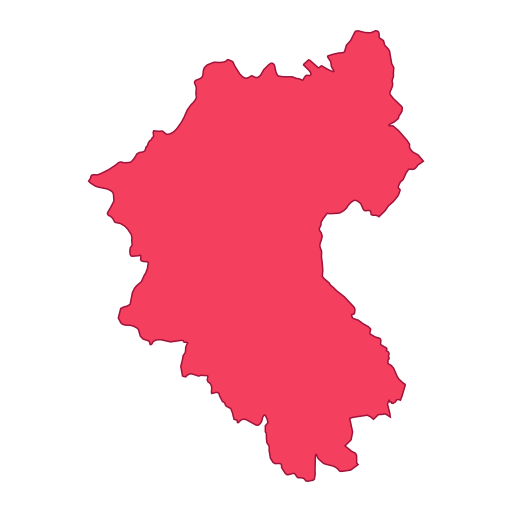 Than Uyen, Lào Cai, Vietnam (Mercator projection)
{"feature_id": "81297802B70449859021509", "entity_name": "Than Uyen", "entity_type": "district", "adm_level": 2, "iso_a3": "VNM", "parent_name": "Vietnam", "parent_adm1": "Lào Cai", "projection": "mercator", "projection_center": [103.85, 21.883], "detail": "fine", "context": "isolated", "style": "filled", "palette": "rose", "viewbox_px": 512, "rotation_deg": 0, "n_neighbors": 0, "source": "geoboundaries", "source_scale": "gbopen_adm2", "svg_char_len": 6016}
<svg xmlns="http://www.w3.org/2000/svg" viewBox="0 0 512 512"><path d="M423.4,161.2L418.2,155.0L413.3,152.3L411.8,151.0L409.9,148.4L409.5,147.0L409.6,144.6L409.3,143.8L406.8,140.1L398.9,131.0L393.4,126.2L392.7,125.8L389.2,125.8L389.0,125.4L389.0,124.7L394.1,122.0L398.4,118.5L399.0,115.9L400.7,113.5L402.0,111.1L402.3,107.6L401.4,106.2L393.2,98.4L390.4,94.8L389.9,93.5L390.0,91.9L391.6,88.5L392.5,85.7L392.7,84.0L392.1,80.8L393.5,76.2L393.4,72.9L393.8,67.7L391.7,63.7L389.5,50.9L388.3,49.0L384.7,45.2L383.5,40.6L379.7,38.1L379.1,36.9L379.2,34.5L378.8,32.6L378.3,31.7L377.2,31.0L375.4,30.7L373.3,31.8L370.4,32.8L364.8,32.5L358.1,30.8L355.5,31.2L354.5,32.7L350.7,40.4L346.4,45.2L344.5,51.8L342.7,52.7L338.8,53.0L333.3,54.2L327.9,55.9L327.6,56.9L330.7,61.7L331.4,66.5L333.9,71.1L333.6,71.6L332.4,71.5L328.0,69.5L321.6,65.8L320.6,66.3L319.2,67.7L318.1,67.6L310.1,60.5L308.6,59.8L303.6,64.4L303.6,65.0L309.2,70.6L310.7,72.8L311.0,74.4L310.0,75.5L306.5,75.3L305.8,75.7L304.6,77.1L302.7,80.3L299.4,78.9L296.0,78.3L292.3,76.8L283.3,76.8L278.5,76.0L277.6,75.5L276.0,72.3L274.5,65.3L273.6,64.0L272.2,63.2L271.1,63.2L270.4,63.5L268.1,65.3L263.6,69.9L260.7,75.0L259.1,76.6L257.7,77.4L255.8,77.6L251.7,75.7L248.4,77.6L246.8,78.2L244.9,78.0L242.8,77.0L239.9,74.1L234.6,65.8L233.0,62.0L232.1,61.3L228.7,59.8L227.4,59.7L225.9,61.2L223.6,62.1L219.8,62.5L214.1,62.2L207.4,64.8L205.0,66.9L204.1,68.3L203.3,70.8L202.9,75.2L202.2,76.8L200.4,78.5L195.4,80.5L194.6,81.7L194.6,83.2L195.8,85.9L196.3,87.9L195.9,93.9L196.4,96.8L196.3,97.6L195.1,100.2L193.1,102.7L190.9,104.9L187.3,109.9L184.1,117.2L181.4,122.3L176.9,128.6L174.7,130.9L172.7,132.5L169.3,134.1L166.4,134.3L162.7,131.2L161.8,131.0L159.6,131.3L153.7,130.8L153.2,132.2L153.6,136.6L152.2,137.8L151.4,139.6L149.6,140.9L148.2,143.2L147.3,146.0L146.1,146.9L144.9,150.9L142.7,152.0L139.4,152.5L137.0,153.8L134.4,158.1L131.9,161.1L130.4,162.3L123.9,162.9L122.0,162.1L120.3,162.0L118.4,162.7L115.6,165.1L108.6,169.7L100.8,173.6L97.3,174.9L93.6,174.7L91.6,175.2L90.8,176.7L90.7,178.0L88.6,181.1L90.3,182.9L95.5,186.2L97.9,187.0L107.0,188.9L110.2,190.3L112.8,192.3L113.5,194.7L113.9,201.1L110.6,207.5L107.7,212.4L107.4,213.4L107.6,214.1L108.5,215.5L110.3,216.1L112.8,218.5L114.6,221.8L115.4,222.4L120.7,223.6L124.9,226.2L127.5,228.9L131.2,234.4L131.9,237.6L131.7,240.3L132.2,245.1L130.3,247.7L129.8,250.8L130.1,254.2L130.9,255.7L131.4,256.1L133.2,256.2L138.9,255.7L140.4,255.2L140.9,256.1L140.6,259.4L141.3,260.8L143.5,261.5L147.4,261.8L148.1,262.5L148.3,263.3L147.7,266.0L147.5,268.2L145.8,272.9L144.3,275.2L141.4,281.6L136.8,285.6L134.7,288.0L132.4,292.6L130.2,304.1L128.6,305.3L126.4,306.3L123.7,307.0L120.7,308.5L118.3,318.0L120.8,322.8L122.7,324.4L125.6,325.1L131.0,325.4L134.2,326.5L136.9,328.0L138.1,329.0L138.6,330.1L140.3,336.1L143.0,339.0L148.8,341.0L149.3,341.5L150.2,344.6L150.7,344.7L151.8,344.0L153.4,341.4L156.1,340.0L157.5,339.8L160.8,339.7L170.6,341.9L181.5,340.3L183.1,340.7L184.1,342.2L187.2,342.5L187.6,343.4L186.6,344.9L185.7,347.3L185.5,351.2L185.0,353.0L183.1,355.7L182.4,360.0L180.8,366.4L182.5,376.0L184.4,376.7L185.8,376.8L187.3,375.2L189.2,374.1L190.4,373.8L192.6,374.1L198.4,376.0L199.3,376.0L200.6,375.3L207.3,375.7L207.8,376.1L207.8,377.2L207.2,379.7L207.8,381.6L210.4,383.7L211.5,386.2L211.7,388.6L211.4,392.4L211.7,393.5L216.1,392.4L217.1,392.4L219.0,393.4L219.5,395.7L222.5,401.6L223.9,402.2L224.7,403.0L225.7,405.6L227.3,406.8L230.7,408.5L232.4,412.7L234.0,419.3L237.1,420.2L237.5,422.6L238.5,422.5L240.9,420.1L242.8,419.2L243.8,419.2L245.9,419.5L256.1,425.1L258.1,425.2L259.7,424.1L261.2,422.1L261.8,420.9L262.8,416.9L263.8,415.5L264.3,415.1L265.6,415.8L267.2,419.4L267.9,422.8L265.3,425.8L265.3,431.8L266.3,433.3L266.5,439.5L267.0,442.9L268.7,445.4L269.2,447.0L269.1,450.4L270.4,458.2L273.0,462.4L275.0,463.6L278.6,463.5L280.2,463.6L281.0,464.1L281.5,465.0L281.6,467.6L285.0,473.0L286.5,474.5L287.0,474.7L288.9,474.6L293.0,473.4L294.8,473.7L297.0,476.9L298.0,477.7L301.3,477.8L303.4,478.3L304.0,478.6L305.9,480.9L307.4,481.3L313.2,480.2L314.4,479.0L315.2,474.1L315.0,470.0L315.4,456.1L315.7,454.9L316.2,454.4L316.9,455.4L317.6,457.6L318.9,459.3L323.6,463.4L325.4,464.1L332.9,466.0L335.4,467.1L337.8,468.9L339.4,470.9L340.1,471.3L342.3,471.3L350.6,470.1L358.1,464.6L356.7,463.0L356.6,455.7L355.8,453.8L355.2,453.1L351.6,451.3L345.0,445.9L351.1,439.8L352.6,432.0L349.7,418.3L353.3,417.3L367.2,415.2L370.4,416.7L373.5,419.3L378.4,414.6L382.5,414.4L384.8,413.9L386.2,414.4L390.3,417.0L389.8,413.2L387.5,404.2L388.0,402.3L389.1,400.4L389.6,401.9L390.8,401.8L391.9,403.3L393.0,403.4L395.2,402.0L395.9,401.3L396.4,400.0L397.0,399.7L399.0,399.6L400.4,400.2L401.9,396.5L405.3,384.9L404.7,384.0L402.8,382.8L398.8,379.0L397.3,376.7L393.6,368.2L391.2,365.4L388.0,363.6L388.0,360.1L389.0,358.9L389.2,358.2L388.4,356.0L389.1,354.1L389.0,353.2L388.0,351.6L386.4,350.7L386.4,350.0L386.9,349.1L386.6,348.1L380.9,344.8L380.6,343.6L380.9,340.3L380.4,339.0L379.7,338.3L378.2,337.8L375.2,337.0L370.0,333.9L369.8,333.2L370.7,329.1L368.5,326.8L362.9,323.6L358.3,320.2L353.6,318.6L352.5,317.9L351.7,315.9L351.7,314.7L354.0,314.0L354.4,313.5L354.9,310.8L354.8,308.7L354.0,307.1L344.3,296.8L336.5,290.7L333.6,287.7L330.5,285.1L329.1,282.9L324.2,278.7L322.3,276.3L322.8,270.4L322.2,262.6L321.5,257.6L321.6,251.4L319.8,246.3L320.0,243.9L321.4,239.8L322.2,236.3L321.4,233.2L319.2,229.7L319.1,229.0L321.0,224.9L321.0,222.7L321.3,221.9L322.8,219.2L327.1,213.3L329.7,213.7L335.5,213.4L339.5,213.0L340.4,212.6L343.7,210.7L346.5,208.1L348.1,205.5L350.4,202.9L353.2,200.8L354.3,200.4L356.0,200.4L357.6,201.1L360.6,203.4L363.3,209.3L364.2,210.4L365.2,210.8L368.8,210.4L369.6,210.6L370.7,211.6L371.2,214.6L373.0,215.3L375.3,215.2L377.1,215.7L378.1,216.0L378.9,216.8L385.2,210.6L388.4,205.9L393.3,201.6L397.4,196.6L398.6,194.6L400.1,190.3L400.0,189.5L398.4,188.0L398.3,186.6L398.9,185.0L400.0,182.7L400.9,181.4L402.5,180.3L403.4,179.0L406.1,172.9L408.4,169.7L408.9,169.1L412.9,169.4L414.6,168.8L415.8,167.8L417.9,165.0L423.4,161.2Z" fill="#f43f5e" stroke="#9f1239" stroke-width="1.5"/></svg>